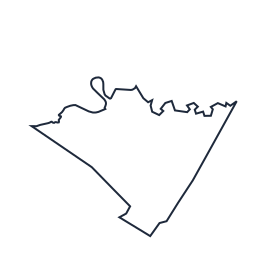 outline of Claiborne, Mississippi, United States of America, rotated 32°
{"feature_id": "52423323B39960691316428", "entity_name": "Claiborne", "entity_type": "district", "adm_level": 2, "iso_a3": "USA", "parent_name": "United States of America", "parent_adm1": "Mississippi", "projection": "orthographic", "projection_center": [-91.036, 32.005], "detail": "fine", "context": "isolated", "style": "outline", "palette": "slate", "viewbox_px": 256, "rotation_deg": 32, "n_neighbors": 0, "source": "geoboundaries", "source_scale": "gbopen_adm2", "svg_char_len": 1399}
<svg xmlns="http://www.w3.org/2000/svg" viewBox="0 0 256 256"><g transform="rotate(32 128 128)"><path d="M45.3,177.5L118.0,180.4L146.7,187.4L171.3,193.3L171.8,201.5L168.0,208.3L204.1,207.9L205.1,191.9L210.1,186.6L210.1,164.8L210.7,138.0L209.4,112.2L206.0,47.7L203.0,54.9L198.1,54.6L199.3,58.0L191.0,59.3L187.1,66.2L190.0,67.2L191.8,73.7L186.4,77.2L183.0,74.3L178.1,79.8L174.9,77.1L175.9,72.9L170.5,71.9L166.1,77.6L170.5,79.4L169.8,83.2L158.5,88.2L150.7,81.9L146.4,87.0L145.6,94.4L148.9,94.9L147.6,100.5L139.9,101.4L135.3,97.0L133.7,91.6L131.4,95.5L125.2,94.6L112.7,88.3L112.8,90.5L111.5,93.1L110.3,94.2L101.6,98.9L97.5,101.1L97.0,101.6L97.0,102.4L97.8,111.7L97.4,112.4L96.8,112.7L91.7,112.4L90.2,111.7L86.9,108.7L83.8,103.8L82.5,102.1L80.5,100.7L79.1,100.2L77.4,100.3L76.2,100.7L74.0,102.4L72.7,104.3L72.2,105.3L72.1,106.1L72.1,107.2L72.3,108.2L73.0,109.6L73.9,110.8L75.4,112.0L77.3,113.0L83.5,114.4L92.7,116.3L95.0,117.4L96.1,118.5L96.7,119.6L97.2,121.5L97.5,123.3L98.7,123.9L94.4,130.0L92.5,131.9L90.0,133.5L85.9,134.7L71.3,136.4L69.5,137.6L67.3,139.7L65.0,142.6L63.9,144.2L63.7,145.5L63.8,147.1L63.6,149.6L62.4,153.5L62.5,153.7L63.1,154.0L65.0,153.7L65.3,154.4L65.0,157.8L66.1,159.2L66.3,159.9L65.5,160.6L63.6,161.3L63.1,161.7L62.6,162.8L62.2,163.0L61.1,163.3L60.0,163.1L59.4,163.6L58.7,165.0L57.6,166.3L51.9,171.9L49.5,174.9L45.3,177.5Z" fill="none" stroke="#1e293b" stroke-width="2"/></g></svg>